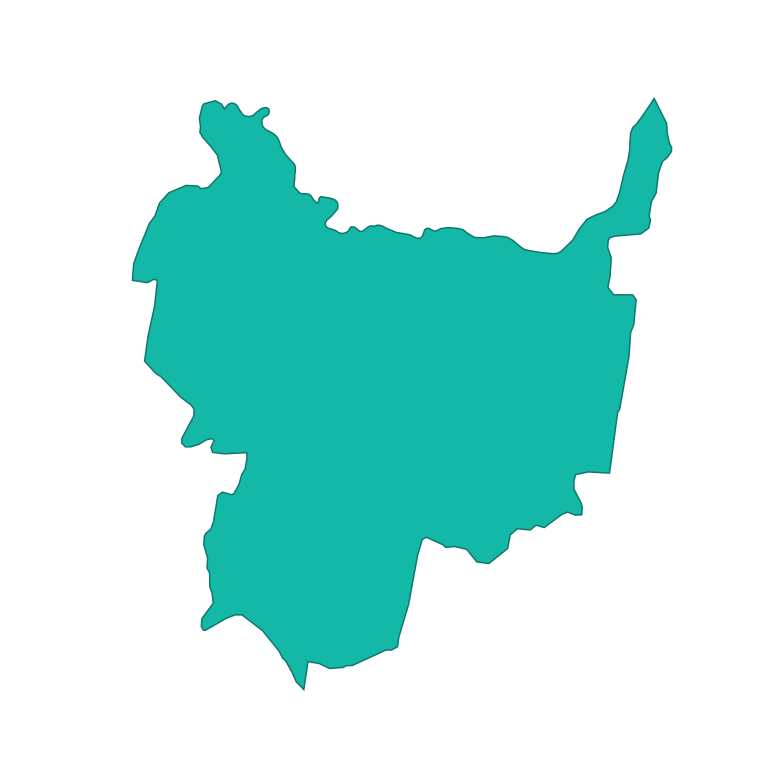 outline of Santa Catarina Mita, Jutiapa, Guatemala, rotated 6°
{"feature_id": "79465075B98787750844284", "entity_name": "Santa Catarina Mita", "entity_type": "district", "adm_level": 2, "iso_a3": "GTM", "parent_name": "Guatemala", "parent_adm1": "Jutiapa", "projection": "equal_earth", "projection_center": [-89.779, 14.442], "detail": "fine", "context": "isolated", "style": "filled", "palette": "teal", "viewbox_px": 768, "rotation_deg": 6, "n_neighbors": 0, "source": "geoboundaries", "source_scale": "gbopen_adm2", "svg_char_len": 4015}
<svg xmlns="http://www.w3.org/2000/svg" viewBox="0 0 768 768"><g transform="rotate(6 384 384)"><path d="M622.8,71.7L620.8,75.8L614.6,87.6L607.5,99.8L604.7,102.7L603.1,108.6L603.2,115.9L603.9,124.7L603.2,136.5L600.6,150.4L598.2,169.4L596.0,178.4L593.2,183.0L586.2,189.2L576.2,194.2L568.7,198.9L561.9,209.6L556.7,221.1L546.5,233.4L543.1,235.8L538.8,236.7L527.2,236.9L514.4,236.2L509.1,235.4L503.8,232.3L497.3,227.8L491.3,225.2L486.5,224.9L477.9,225.2L467.6,228.2L458.8,228.8L451.0,225.2L446.4,222.2L440.8,221.6L431.8,221.7L424.3,223.5L419.4,226.6L415.1,225.9L413.2,224.7L410.3,224.7L408.3,226.5L407.4,230.6L406.8,232.8L405.0,235.3L402.8,235.5L400.9,235.5L398.3,234.5L395.4,233.4L394.1,232.9L388.9,232.6L385.8,232.3L379.9,231.9L378.2,231.3L376.6,230.7L374.6,230.3L372.5,229.7L371.2,229.2L369.0,228.5L366.4,227.3L365.0,226.9L363.4,226.7L361.6,226.7L360.3,226.9L357.9,228.0L354.1,228.2L352.5,229.0L351.2,230.0L349.6,231.6L347.8,233.5L345.9,234.6L344.1,234.7L342.4,233.8L341.1,232.8L339.4,231.6L337.4,231.0L334.7,231.2L333.6,233.5L332.2,236.0L330.8,237.2L327.2,238.7L323.2,238.3L320.6,236.8L318.3,236.1L315.9,235.6L314.2,235.2L312.5,235.0L311.1,234.4L309.2,232.6L308.8,229.4L310.4,226.7L311.8,225.1L314.4,222.2L319.5,214.9L319.6,212.2L319.0,209.1L318.1,207.7L316.4,206.3L314.1,205.4L311.6,205.0L309.3,204.7L303.3,204.4L301.4,204.4L300.0,206.1L300.1,208.6L299.3,210.8L297.3,210.4L295.8,209.2L293.5,206.7L291.3,204.1L289.4,203.1L287.5,203.0L286.0,203.0L283.7,203.4L281.4,203.3L279.6,202.4L277.3,200.2L274.3,197.6L273.8,195.7L273.6,192.7L273.8,189.3L273.4,186.0L273.5,183.0L273.5,181.1L273.2,177.5L272.0,174.8L269.4,172.7L266.1,169.7L262.1,166.1L257.6,160.0L256.3,157.9L255.7,156.2L254.7,154.3L253.0,151.0L251.9,149.7L250.5,148.5L249.0,147.3L247.2,146.3L244.4,145.1L241.5,144.0L239.4,143.0L237.9,141.8L236.7,140.7L235.4,137.9L235.0,134.6L235.6,132.8L236.8,131.0L240.3,128.8L241.3,126.5L241.2,123.8L240.2,122.2L238.2,121.5L236.9,121.6L234.3,122.4L232.3,123.8L229.0,126.9L227.0,129.3L225.9,130.4L223.9,131.4L221.7,132.2L220.0,132.2L216.7,131.6L214.9,130.5L213.5,128.6L212.2,127.1L210.8,125.4L209.7,123.8L208.6,122.4L207.5,121.4L204.7,120.6L202.8,120.6L200.8,121.6L199.2,123.1L196.5,127.1L193.2,122.7L186.7,119.9L175.8,124.1L174.3,126.4L172.6,138.9L174.6,147.2L174.6,153.1L178.6,158.3L186.6,165.5L194.3,173.7L200.2,190.1L199.0,193.5L188.6,206.9L181.9,208.9L178.0,206.6L166.5,207.2L150.1,216.2L141.8,227.6L138.7,240.8L133.9,248.8L128.9,266.0L126.3,275.1L122.5,290.3L123.0,307.2L138.2,307.9L144.2,303.8L147.8,304.7L147.7,330.6L144.3,361.3L143.5,386.3L156.0,397.4L161.6,400.1L183.3,418.4L194.3,425.0L197.8,429.1L198.1,435.9L188.6,459.4L189.2,464.1L193.0,467.3L198.4,466.7L206.3,463.3L213.2,458.1L218.4,456.3L221.0,457.9L218.5,464.8L220.7,469.9L232.9,470.1L254.5,466.6L255.5,471.4L254.8,482.9L252.0,488.8L250.3,499.1L245.9,509.2L243.7,510.0L234.7,508.4L230.4,512.3L228.8,539.1L226.9,546.6L222.5,550.9L221.3,554.2L221.5,562.4L226.8,575.5L227.2,585.5L230.3,590.1L231.9,603.8L235.0,610.3L237.1,619.9L227.5,636.2L227.6,644.0L230.0,647.7L232.3,647.5L251.9,633.3L260.2,629.1L267.0,628.5L289.0,642.0L307.3,660.3L312.1,667.5L315.3,669.7L323.0,680.8L328.0,689.5L336.2,696.3L337.4,668.0L348.9,668.8L359.7,672.6L373.3,670.1L375.8,668.1L381.8,667.3L413.5,648.5L419.6,647.6L425.0,643.8L425.2,634.2L431.5,600.6L435.3,551.0L438.3,534.6L442.2,532.0L459.9,537.9L462.4,540.0L471.4,538.2L483.5,539.8L494.9,551.2L507.0,551.6L524.2,534.6L525.3,520.9L531.7,514.0L544.6,513.9L550.1,508.5L558.3,510.0L574.5,495.1L580.0,492.2L588.1,494.4L594.3,493.4L594.0,485.7L592.3,481.5L584.0,468.9L583.0,461.0L584.0,454.1L596.3,450.1L617.6,449.0L619.3,387.9L621.0,384.7L624.8,330.9L623.9,306.9L626.2,298.8L626.0,273.8L622.0,269.4L603.0,271.2L596.6,264.4L597.6,252.6L596.8,234.6L592.2,224.9L592.0,217.9L593.6,214.6L598.7,212.7L623.6,207.9L630.9,201.4L632.0,193.6L630.2,188.9L630.8,174.9L634.7,165.7L634.9,145.7L637.7,133.5L642.4,128.7L645.5,122.8L645.4,118.9L642.5,114.2L639.5,105.1L637.9,95.4L622.8,71.7Z" fill="#14b8a6" stroke="#0f766e" stroke-width="1.5"/></g></svg>